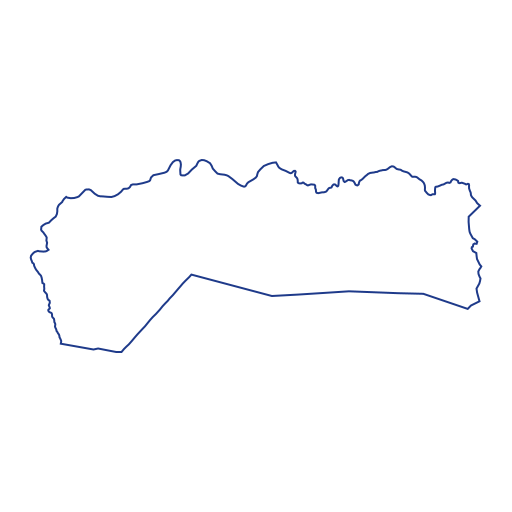 outline of Norbugang, Samdrup Jongkhar, Bhutan
{"feature_id": "84629894B84199937092772", "entity_name": "Norbugang", "entity_type": "district", "adm_level": 2, "iso_a3": "BTN", "parent_name": "Bhutan", "parent_adm1": "Samdrup Jongkhar", "projection": "robinson", "projection_center": [91.144, 26.832], "detail": "fine", "context": "isolated", "style": "outline", "palette": "blue", "viewbox_px": 512, "rotation_deg": 0, "n_neighbors": 0, "source": "geoboundaries", "source_scale": "gbopen_adm2", "svg_char_len": 6002}
<svg xmlns="http://www.w3.org/2000/svg" viewBox="0 0 512 512"><path d="M150.8,178.1L150.1,180.3L149.3,181.1L147.2,181.9L142.6,183.2L136.6,184.4L132.9,184.4L131.1,185.0L129.9,187.1L128.5,188.3L127.0,188.7L124.0,188.8L123.0,189.4L121.1,191.7L118.0,194.3L114.6,196.1L111.4,197.0L107.3,196.8L102.8,196.4L100.3,196.3L98.0,195.8L94.7,193.7L90.8,190.1L89.0,189.4L86.4,189.5L85.3,189.8L78.9,196.4L77.4,197.1L74.2,198.0L70.8,198.2L67.2,197.6L66.2,196.9L64.0,199.0L62.5,201.2L62.2,202.0L59.0,204.8L58.1,206.3L57.6,207.6L57.3,208.6L57.3,209.3L57.3,211.4L56.9,214.0L55.7,216.6L53.6,218.2L51.2,220.3L48.9,222.7L45.7,223.6L43.4,225.0L41.4,226.7L41.1,229.7L41.6,230.7L43.4,232.5L44.1,233.6L45.1,234.9L46.3,236.7L46.7,237.7L46.4,240.5L47.1,242.8L46.5,246.0L46.6,247.2L47.2,248.2L48.5,249.8L46.7,251.0L45.6,251.4L43.5,251.6L40.8,251.4L39.4,251.3L37.9,250.9L35.5,251.7L34.5,252.1L32.9,253.5L31.1,255.7L30.7,257.7L31.1,259.4L31.9,261.3L32.3,262.7L33.5,263.5L34.0,264.4L34.0,265.0L34.2,265.9L35.1,267.9L36.1,269.7L38.1,272.2L38.9,273.6L39.5,274.1L40.7,275.4L41.1,276.0L41.7,277.9L41.9,279.1L42.1,280.0L42.3,282.1L42.5,283.1L43.5,283.5L44.2,284.2L44.2,284.9L44.1,286.5L44.3,289.0L44.0,290.3L44.1,291.0L45.3,292.5L46.2,293.4L46.6,293.9L47.0,294.9L47.1,296.1L47.1,296.8L47.6,298.8L48.3,299.9L48.9,300.2L49.6,300.8L49.7,301.7L49.8,302.9L49.0,304.6L48.8,305.2L49.2,306.3L49.7,307.4L49.8,308.4L48.4,309.7L48.3,310.6L48.6,311.2L49.4,312.1L51.1,312.8L51.6,313.2L52.0,314.2L52.1,316.4L52.5,317.3L53.9,318.7L54.2,320.0L54.4,322.2L55.1,323.4L55.3,324.5L55.0,326.5L55.3,327.5L56.2,329.3L56.6,331.1L57.3,331.9L58.1,333.5L58.9,334.4L59.4,336.0L59.5,337.2L60.2,338.5L61.1,340.6L61.2,341.4L60.8,343.7L93.5,349.5L98.1,348.5L107.3,350.3L112.0,351.2L116.2,352.0L121.5,352.0L124.0,349.0L126.3,346.7L128.8,344.4L131.8,341.0L134.8,337.4L137.4,334.4L142.7,328.7L145.0,326.3L150.1,320.0L152.9,316.9L156.0,313.9L159.8,309.7L162.6,306.2L165.4,303.2L167.7,300.9L169.7,298.4L172.8,295.2L178.5,288.5L180.6,286.1L182.7,283.6L185.3,280.9L189.2,277.1L191.4,274.6L271.9,296.0L297.7,294.6L326.0,292.8L349.0,291.3L398.3,293.2L423.3,293.8L467.7,308.9L471.0,305.5L479.5,301.3L477.1,292.6L476.5,288.6L479.3,283.6L480.0,281.2L480.5,278.4L479.9,277.4L479.2,275.8L478.5,273.9L478.3,271.5L479.4,269.3L480.4,268.0L481.3,266.4L479.7,264.5L477.0,259.0L476.6,256.1L476.3,253.0L473.0,251.2L471.6,248.5L471.8,247.2L472.9,246.6L473.0,245.9L473.3,244.4L474.7,243.5L475.5,243.7L476.6,243.8L477.3,241.7L474.7,239.2L472.8,238.2L470.3,233.6L469.6,231.8L469.2,229.2L468.6,221.9L468.7,216.7L480.0,205.7L477.2,203.2L475.5,200.5L472.2,197.3L471.1,195.5L470.9,194.7L470.8,193.4L470.6,192.4L469.8,190.6L469.5,189.6L469.1,188.5L469.0,186.5L469.1,185.4L469.0,184.8L468.8,184.1L467.9,183.8L467.0,184.2L466.2,184.4L465.7,184.3L465.2,183.9L463.8,183.4L462.7,183.0L461.8,182.7L460.0,183.1L459.1,183.1L458.3,182.6L458.1,181.0L456.9,180.2L455.6,179.5L453.5,179.1L452.7,179.4L451.8,180.2L451.1,181.1L450.5,182.4L449.3,182.9L448.0,182.5L446.4,182.8L443.6,184.4L441.7,184.8L440.0,185.6L438.0,186.4L437.4,186.6L436.0,186.7L435.4,187.1L435.2,187.8L435.0,189.9L435.0,191.4L435.1,192.1L435.1,193.6L434.9,194.2L434.2,194.3L432.8,194.2L432.2,194.4L431.6,194.8L431.0,195.1L430.3,195.1L429.6,194.9L428.3,194.4L427.8,193.9L426.8,192.9L425.0,190.7L424.9,190.0L424.9,189.3L425.0,187.8L424.8,185.6L424.4,184.3L423.8,183.0L423.4,182.4L422.4,181.3L421.4,180.4L419.5,179.3L417.4,177.6L416.8,177.2L416.0,176.9L415.4,176.8L414.7,176.7L412.7,176.8L412.0,176.6L411.5,176.1L409.6,174.0L409.1,173.5L408.5,173.1L407.9,172.7L407.3,172.4L406.0,172.0L403.7,171.4L402.7,171.0L402.0,170.7L400.9,169.9L399.9,169.6L398.9,169.5L396.8,169.0L395.7,168.2L394.7,167.3L393.7,166.6L392.9,166.4L391.8,166.3L390.9,166.7L389.9,167.2L387.6,169.0L386.5,169.6L385.7,169.9L384.9,170.0L382.7,170.1L381.7,170.4L380.4,170.6L379.0,171.0L377.7,171.6L377.2,171.9L375.7,172.0L373.8,172.5L372.5,172.6L371.4,172.8L370.3,172.9L369.4,173.3L368.1,173.9L367.1,174.8L365.2,176.3L362.4,179.1L361.7,179.6L360.9,180.2L360.0,180.6L359.4,181.5L358.8,183.4L358.7,184.4L357.5,185.4L356.4,185.2L355.4,184.6L354.8,183.3L354.2,182.2L353.5,181.3L352.9,180.9L351.5,180.4L350.2,180.3L349.1,179.9L347.9,180.1L345.3,181.8L344.6,182.0L343.7,181.1L343.3,179.7L343.0,178.3L342.4,177.7L341.9,177.4L341.1,177.4L340.0,177.9L338.9,179.4L338.7,181.3L338.6,183.3L338.4,185.2L338.2,185.9L337.6,186.4L337.0,186.2L336.5,185.8L335.5,184.8L334.9,184.4L334.2,184.4L333.5,184.5L332.5,185.5L332.1,186.1L331.5,187.4L330.9,187.7L330.2,187.8L329.5,187.9L328.9,188.2L328.4,188.7L326.7,191.0L326.2,191.5L325.6,191.8L324.3,192.2L323.6,192.3L322.2,192.3L318.6,193.1L317.9,193.1L316.6,192.8L316.2,192.2L316.0,191.5L315.9,190.0L315.8,189.3L315.4,188.7L315.2,188.0L315.2,185.8L314.9,185.2L314.3,184.7L311.6,184.4L310.9,184.4L309.0,185.0L308.4,185.3L307.7,185.4L307.0,185.1L305.9,184.3L304.6,183.7L303.6,182.7L303.0,182.5L302.4,182.7L301.9,183.2L301.1,183.4L299.6,183.4L299.0,183.3L298.3,183.0L297.8,182.5L297.7,180.4L297.5,179.2L297.1,178.2L296.3,177.3L295.7,176.7L295.2,176.1L295.0,175.4L295.0,174.8L295.1,173.8L295.5,172.5L295.6,171.5L295.1,170.9L294.0,170.9L292.9,171.7L292.0,172.7L291.2,173.1L290.4,173.2L289.4,172.8L285.7,170.9L281.8,169.4L280.6,168.7L279.4,167.9L278.9,167.4L278.1,166.3L277.8,165.6L276.0,162.4L272.5,162.8L268.2,164.1L263.8,166.0L260.3,169.4L258.0,172.1L257.3,174.3L256.9,176.1L255.8,177.6L253.3,179.4L248.4,182.2L247.0,183.6L246.3,184.9L245.7,185.9L244.7,186.6L243.7,186.6L241.0,185.6L238.0,183.9L232.3,179.0L228.4,176.1L226.7,175.3L224.4,174.7L221.7,174.4L220.0,174.2L217.5,173.6L215.2,171.3L212.8,168.6L211.6,165.7L210.0,163.2L206.7,161.2L204.1,160.2L201.7,160.0L199.3,160.9L198.3,161.8L197.2,163.8L196.3,165.8L191.8,169.6L188.1,173.5L184.8,175.4L182.3,175.4L181.1,175.2L180.5,174.5L180.4,173.5L180.2,169.9L180.4,168.4L180.7,166.9L180.9,164.5L180.5,162.1L179.8,160.9L178.9,160.2L176.9,160.1L175.1,160.5L172.9,162.1L170.6,165.2L167.9,170.5L166.6,171.8L164.5,172.7L158.6,174.1L153.4,175.2L151.1,177.4L150.8,178.1Z" fill="none" stroke="#1e3a8a" stroke-width="2"/></svg>